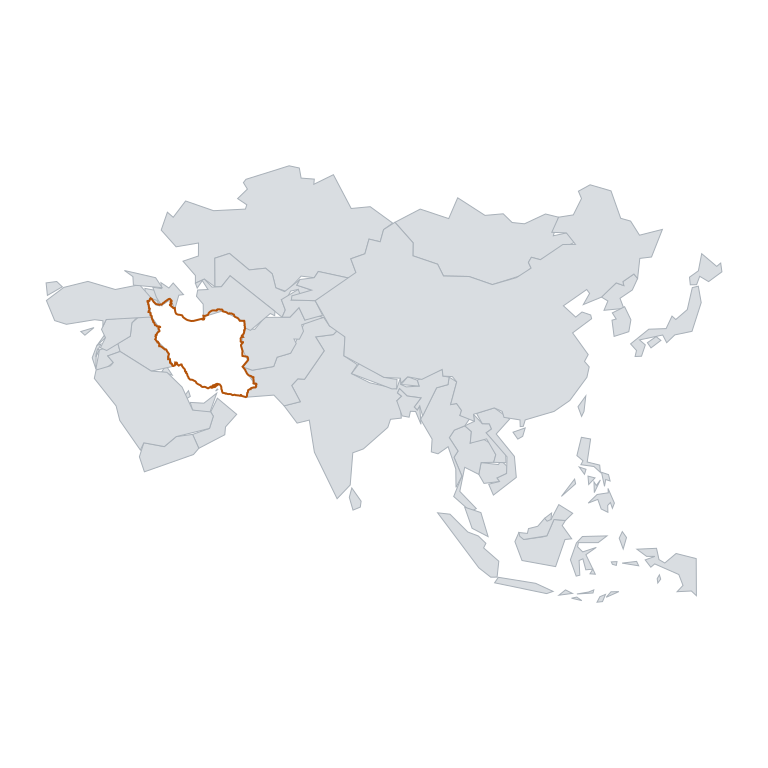 where Iran sits in Asia
{"feature_id": "IRN", "entity_name": "Iran", "entity_type": "country or territory", "adm_level": 0, "iso_a3": "IRN", "parent_name": "Asia", "parent_adm1": "", "projection": "mercator", "projection_center": [53.162, 32.435], "detail": "fine", "context": "in_parent", "style": "outline", "palette": "amber", "viewbox_px": 768, "rotation_deg": 0, "n_neighbors": 45, "source": "natural_earth", "source_scale": "50m", "svg_char_len": 18633}
<svg xmlns="http://www.w3.org/2000/svg" viewBox="0 0 768 768"><path d="M392.7,223.1L383.6,229.6L380.2,241.8L369.0,239.1L364.9,253.8L350.8,258.8L355.9,272.5L352.5,278.9L318.3,271.5L314.2,277.7L301.1,276.1L286.7,291.6L275.8,287.8L272.3,273.9L265.6,268.2L249.2,269.9L229.4,253.4L214.8,258.2L215.0,286.8L204.3,279.1L195.4,283.2L195.4,275.5L183.0,261.2L198.4,256.0L198.5,243.0L176.1,246.8L161.2,230.1L167.4,212.2L173.2,217.3L185.6,201.0L213.6,210.7L245.4,209.1L246.8,204.8L237.6,198.6L247.4,189.1L243.4,182.6L246.0,179.3L289.1,165.8L299.3,168.0L301.1,178.1L314.3,179.1L313.8,184.3L333.4,174.7L351.2,208.5L370.2,206.7L392.7,223.1Z" fill="#d9dde1" stroke="#a8b0b8" stroke-width="1"/><path d="M215.0,286.8L214.8,258.2L229.4,253.4L249.2,269.9L265.6,268.2L272.3,273.9L275.8,287.8L284.6,291.6L299.9,279.5L296.8,285.2L311.7,290.1L304.5,295.5L297.8,294.9L298.2,289.4L290.6,291.1L286.1,300.0L281.4,299.6L285.3,310.0L282.1,317.2L230.1,275.8L221.4,286.7L215.0,286.8Z" fill="#d9dde1" stroke="#a8b0b8" stroke-width="1"/><path d="M696.2,558.6L696.4,595.7L691.4,591.0L677.1,591.7L683.0,585.4L678.8,574.5L654.7,563.9L650.8,567.2L645.2,559.9L654.9,556.4L646.6,556.4L636.9,549.2L656.5,548.3L659.0,559.6L664.8,563.0L676.1,553.5L696.2,558.6ZM605.5,594.4L602.5,601.6L597.0,602.2L599.9,596.7L605.5,594.4ZM657.8,583.0L657.2,578.7L659.4,574.8L660.7,579.1L657.8,583.0ZM565.4,520.5L562.2,525.6L571.7,538.8L565.0,539.5L555.6,566.6L522.0,560.5L514.9,541.6L518.9,532.5L523.7,539.5L542.3,537.0L546.9,535.8L554.0,519.5L565.4,520.5ZM622.1,563.1L636.6,561.4L638.7,565.8L622.1,563.1ZM616.3,565.4L612.4,564.3L611.3,561.9L617.0,561.6L616.3,565.4ZM622.3,531.6L626.5,537.5L623.2,549.0L619.2,538.2L622.3,531.6ZM582.4,536.5L607.0,535.9L598.2,542.6L578.4,542.6L577.6,546.8L582.7,551.9L596.3,547.4L585.9,554.7L595.3,574.2L590.0,573.8L592.8,569.2L585.8,569.8L582.9,558.8L579.1,560.5L579.8,575.2L576.2,576.1L570.4,559.8L576.4,543.0L582.4,536.5ZM581.8,600.6L571.5,598.2L576.8,597.1L581.8,600.6ZM576.9,594.0L588.7,592.0L593.8,589.9L593.0,593.0L576.9,594.0ZM565.5,589.9L572.4,593.4L558.9,595.2L565.5,589.9ZM498.4,577.3L535.6,583.3L553.1,591.4L546.6,593.6L494.6,582.8L498.4,577.3ZM483.6,547.9L498.8,561.2L497.1,577.1L490.8,577.2L478.8,567.8L437.6,512.8L450.0,514.2L467.8,532.0L478.3,536.0L485.9,543.3L483.6,547.9Z" fill="#d9dde1" stroke="#a8b0b8" stroke-width="1"/><path d="M606.2,597.3L611.0,591.8L618.9,591.6L606.2,597.3Z" fill="#d9dde1" stroke="#a8b0b8" stroke-width="1"/><path d="M101.0,344.0L96.2,353.5L95.9,369.0L92.2,357.8L96.9,345.3L101.0,344.0Z" fill="#d9dde1" stroke="#a8b0b8" stroke-width="1"/><path d="M105.5,337.7L97.1,345.3L104.5,335.0L105.5,337.7Z" fill="#d9dde1" stroke="#a8b0b8" stroke-width="1"/><path d="M99.4,350.0L95.9,356.9L97.4,349.0L99.4,350.0Z" fill="#d9dde1" stroke="#a8b0b8" stroke-width="1"/><path d="M99.4,350.0L117.8,343.3L120.1,351.5L107.7,355.9L113.3,362.5L102.4,371.0L95.9,369.0L99.4,350.0Z" fill="#d9dde1" stroke="#a8b0b8" stroke-width="1"/><path d="M190.2,402.4L203.9,403.2L216.7,393.2L209.6,413.2L192.6,410.1L190.2,402.4Z" fill="#d9dde1" stroke="#a8b0b8" stroke-width="1"/><path d="M185.8,399.2L185.4,394.7L188.5,390.7L190.3,396.4L185.8,399.2Z" fill="#d9dde1" stroke="#a8b0b8" stroke-width="1"/><path d="M166.0,365.4L172.3,375.2L161.8,371.7L166.0,365.4Z" fill="#d9dde1" stroke="#a8b0b8" stroke-width="1"/><path d="M120.1,351.5L117.8,343.3L130.3,336.2L131.9,322.8L140.4,315.5L151.7,317.0L159.0,327.5L155.3,339.3L166.2,349.5L173.1,366.3L151.3,371.1L120.1,351.5Z" fill="#d9dde1" stroke="#a8b0b8" stroke-width="1"/><path d="M210.7,411.9L217.4,398.2L236.7,414.3L225.5,426.9L224.8,434.7L198.8,448.3L192.6,434.4L209.5,428.4L213.3,416.2L210.7,411.9ZM217.9,389.5L215.6,391.1L217.2,388.9L217.9,389.5Z" fill="#d9dde1" stroke="#a8b0b8" stroke-width="1"/><path d="M478.8,474.4L481.1,462.6L498.4,464.6L501.0,460.5L507.3,466.6L506.6,473.5L497.1,478.0L499.6,481.5L484.0,483.4L478.8,474.4Z" fill="#d9dde1" stroke="#a8b0b8" stroke-width="1"/><path d="M493.7,462.3L481.1,462.6L478.8,474.4L464.7,467.3L459.8,491.4L476.3,508.6L470.7,511.6L453.7,496.5L461.9,476.1L454.0,457.3L458.0,451.1L449.3,437.7L454.3,430.1L464.8,425.8L471.4,431.6L470.2,443.2L482.3,438.5L490.9,443.7L495.8,454.7L493.7,462.3Z" fill="#d9dde1" stroke="#a8b0b8" stroke-width="1"/><path d="M506.0,462.7L493.7,462.3L495.8,454.7L486.6,438.9L470.2,443.2L471.4,431.6L464.8,425.8L474.4,421.3L473.5,414.3L482.3,423.7L489.3,423.8L491.5,429.0L486.2,432.8L505.6,452.7L506.0,462.7Z" fill="#d9dde1" stroke="#a8b0b8" stroke-width="1"/><path d="M464.8,425.8L454.3,430.1L449.3,437.7L458.0,451.1L454.0,457.3L461.9,476.1L456.0,487.4L455.8,469.0L448.1,446.7L438.0,453.8L431.3,451.9L432.1,439.1L420.6,419.4L436.6,387.8L448.0,384.6L449.1,377.1L456.7,381.9L450.6,404.6L456.6,403.5L461.5,410.4L459.9,415.5L470.7,417.1L464.8,425.8Z" fill="#d9dde1" stroke="#a8b0b8" stroke-width="1"/><path d="M488.7,484.2L499.6,481.5L497.1,478.0L506.6,473.5L507.0,456.8L486.2,432.8L491.5,429.0L489.3,423.8L482.3,423.7L476.5,413.4L494.3,407.9L509.7,419.0L496.2,434.0L514.4,456.4L516.3,477.4L493.4,495.1L488.7,484.2Z" fill="#d9dde1" stroke="#a8b0b8" stroke-width="1"/><path d="M637.6,278.5L632.3,290.0L620.0,298.3L623.8,308.4L604.0,310.3L607.9,301.0L601.5,297.1L606.1,292.3L616.2,282.9L623.8,285.6L622.9,281.6L633.9,274.0L637.6,278.5Z" fill="#d9dde1" stroke="#a8b0b8" stroke-width="1"/><path d="M612.3,312.9L624.6,306.7L630.9,319.8L628.8,331.7L614.1,336.4L612.0,320.2L616.2,319.0L612.3,312.9Z" fill="#d9dde1" stroke="#a8b0b8" stroke-width="1"/><path d="M394.9,222.3L420.2,209.1L448.7,218.6L457.7,197.8L485.0,215.4L503.2,213.8L512.1,222.5L524.5,223.8L545.5,214.0L558.6,217.2L553.3,235.8L566.4,232.9L576.1,241.4L540.4,259.7L531.4,257.3L528.4,262.4L531.1,268.1L523.1,274.9L492.3,284.6L469.0,276.5L443.5,276.0L437.6,264.2L412.9,255.8L413.1,242.8L394.9,222.3Z" fill="#d9dde1" stroke="#a8b0b8" stroke-width="1"/><path d="M449.1,377.1L448.0,384.6L436.6,387.8L422.7,416.0L419.7,406.2L417.3,410.2L414.2,407.0L421.0,397.9L407.1,396.0L399.5,388.6L397.5,392.9L401.6,396.2L396.8,400.8L400.2,402.5L401.3,418.1L390.5,419.3L387.8,427.4L363.4,448.9L352.8,452.8L350.2,485.0L337.1,498.7L314.4,452.2L309.3,420.1L297.1,423.1L284.1,405.8L300.3,401.7L291.7,385.5L297.9,378.8L304.5,379.3L324.2,350.8L315.6,336.9L333.3,334.6L338.8,328.8L344.9,336.9L343.9,355.8L357.3,364.6L351.5,373.6L369.7,382.8L396.6,388.8L400.4,378.2L401.0,384.5L406.2,386.9L419.1,386.1L417.2,380.2L442.2,369.4L443.0,376.1L449.1,377.1Z" fill="#d9dde1" stroke="#a8b0b8" stroke-width="1"/><path d="M419.7,406.2L421.0,424.3L415.6,411.5L410.4,411.3L409.1,417.2L402.1,415.9L396.8,400.8L401.6,396.2L397.5,392.9L399.5,388.6L407.1,396.0L421.0,397.9L414.2,407.0L417.3,410.2L419.7,406.2Z" fill="#d9dde1" stroke="#a8b0b8" stroke-width="1"/><path d="M417.2,380.2L419.1,386.1L401.0,384.5L407.7,376.8L417.2,380.2Z" fill="#d9dde1" stroke="#a8b0b8" stroke-width="1"/><path d="M397.0,379.5L396.6,388.8L391.9,388.9L351.5,373.6L359.6,363.0L384.0,377.4L397.0,379.5Z" fill="#d9dde1" stroke="#a8b0b8" stroke-width="1"/><path d="M338.8,328.8L333.3,334.6L315.6,336.9L324.2,350.8L304.5,379.3L297.9,378.8L291.7,385.5L300.3,401.7L284.1,405.8L273.9,395.1L246.3,397.2L248.4,389.9L256.6,386.7L242.8,366.9L252.3,370.2L273.7,366.5L277.1,357.2L290.6,353.2L304.9,321.7L323.6,317.3L329.5,326.0L338.8,328.8Z" fill="#d9dde1" stroke="#a8b0b8" stroke-width="1"/><path d="M264.7,317.4L289.9,317.2L299.0,307.6L304.9,320.1L312.9,314.7L323.6,317.3L301.6,324.8L303.5,331.2L299.4,339.2L294.0,339.0L296.2,343.5L290.6,353.2L277.1,357.2L273.7,366.5L252.3,370.2L242.8,366.9L247.9,361.0L240.9,346.0L244.7,327.7L254.7,329.4L264.7,317.4Z" fill="#d9dde1" stroke="#a8b0b8" stroke-width="1"/><path d="M282.1,317.2L285.3,310.0L281.4,299.6L298.2,289.4L300.2,294.7L291.4,300.0L315.2,300.7L322.6,315.3L304.9,320.1L299.0,307.6L289.9,317.2L282.1,317.2Z" fill="#d9dde1" stroke="#a8b0b8" stroke-width="1"/><path d="M299.9,279.5L314.2,277.7L318.3,271.5L352.5,278.9L315.2,300.7L291.4,300.0L291.9,295.8L311.7,290.1L296.8,285.2L299.9,279.5Z" fill="#d9dde1" stroke="#a8b0b8" stroke-width="1"/><path d="M195.4,283.2L204.3,279.1L212.1,287.1L221.4,286.7L230.1,275.8L274.9,311.3L274.7,315.7L270.3,313.5L250.4,330.4L244.7,327.7L244.2,321.8L222.7,310.9L203.4,316.8L203.2,304.2L196.5,296.3L197.7,290.0L208.0,289.5L202.3,280.6L197.2,288.1L195.4,283.2Z" fill="#d9dde1" stroke="#a8b0b8" stroke-width="1"/><path d="M100.4,347.8L105.5,337.7L101.5,329.4L106.2,319.5L137.9,316.6L131.9,322.8L130.3,336.2L106.7,350.5L100.4,347.8Z" fill="#d9dde1" stroke="#a8b0b8" stroke-width="1"/><path d="M161.5,305.5L145.3,294.7L144.9,288.4L156.1,290.5L161.5,305.5Z" fill="#d9dde1" stroke="#a8b0b8" stroke-width="1"/><path d="M151.7,317.0L106.2,319.5L102.9,326.5L102.9,320.7L94.7,319.7L66.4,324.3L54.7,320.6L46.4,300.5L63.8,287.4L87.9,281.4L115.3,289.5L139.5,284.7L151.8,298.7L147.9,300.7L151.7,317.0ZM46.1,282.9L56.7,281.5L62.3,286.8L47.4,295.4L46.1,282.9Z" fill="#d9dde1" stroke="#a8b0b8" stroke-width="1"/><path d="M361.1,501.2L360.3,507.1L353.0,510.1L349.3,497.3L351.8,488.0L361.1,501.2Z" fill="#d9dde1" stroke="#a8b0b8" stroke-width="1"/><path d="M517.8,439.1L513.0,432.2L525.2,427.9L522.7,436.3L517.8,439.1ZM315.2,300.7L355.9,272.5L350.8,258.8L364.9,253.8L369.0,239.1L380.2,241.8L383.6,229.6L394.9,222.3L413.1,242.8L412.9,255.8L437.6,264.2L443.5,276.0L469.0,276.5L492.3,284.6L516.5,277.6L531.1,268.1L528.4,262.4L531.4,257.3L540.4,259.7L562.8,244.5L575.5,244.4L566.4,232.9L551.8,232.3L558.6,217.2L573.3,214.9L581.5,198.5L578.4,191.2L590.1,184.8L611.0,190.9L620.7,218.3L630.6,221.1L639.5,235.2L662.4,229.4L651.5,257.0L639.8,258.4L637.6,278.5L633.9,274.0L622.9,281.6L623.8,285.6L616.2,282.9L601.5,297.1L583.3,304.6L589.6,293.4L586.7,289.5L563.4,305.8L575.7,317.1L582.0,312.0L590.7,315.0L591.6,318.7L572.6,332.9L588.2,354.6L584.5,361.4L589.2,366.9L586.9,377.3L569.8,400.5L554.1,411.4L525.2,419.9L523.3,426.3L520.2,426.6L520.0,419.9L504.0,417.4L502.2,411.4L494.3,407.9L473.5,414.3L474.4,421.3L459.9,415.5L461.5,410.4L456.6,403.5L450.6,404.6L456.7,381.9L452.4,376.6L443.0,376.1L442.2,369.4L421.8,379.4L407.7,376.8L400.9,383.2L400.4,378.2L384.0,377.4L343.9,355.8L344.9,336.9L329.5,326.0L315.2,300.7Z" fill="#d9dde1" stroke="#a8b0b8" stroke-width="1"/><path d="M585.8,395.9L584.0,411.4L581.6,416.4L578.0,406.7L585.8,395.9Z" fill="#d9dde1" stroke="#a8b0b8" stroke-width="1"/><path d="M160.9,282.6L168.9,288.0L173.2,283.0L183.5,294.6L178.8,295.2L174.9,308.8L170.3,299.6L161.5,305.5L156.4,297.3L152.8,287.2L161.4,288.6L160.9,282.6ZM159.4,305.8L155.5,304.8L151.8,298.7L157.1,300.4L159.4,305.8Z" fill="#d9dde1" stroke="#a8b0b8" stroke-width="1"/><path d="M124.4,270.5L155.6,277.7L162.2,287.7L133.4,285.1L132.9,276.6L124.4,270.5Z" fill="#d9dde1" stroke="#a8b0b8" stroke-width="1"/><path d="M584.5,474.3L579.2,467.0L586.0,469.3L584.5,474.3ZM594.3,492.6L594.0,481.9L596.3,485.5L600.4,479.9L594.3,492.6ZM608.0,488.4L614.4,503.1L612.4,508.3L610.4,502.5L607.7,505.4L607.9,512.3L601.2,509.0L597.8,499.4L588.2,503.1L597.1,494.5L608.3,492.8L608.0,488.4ZM575.6,483.8L561.4,496.4L574.6,479.1L575.6,483.8ZM590.6,439.0L587.2,462.0L599.7,465.1L600.4,472.4L593.9,466.5L580.9,464.7L583.0,460.8L576.9,455.6L581.4,437.3L590.6,439.0ZM588.7,484.5L588.0,476.1L595.0,477.9L588.7,484.5ZM608.5,474.6L610.1,481.0L605.7,479.5L604.5,486.3L601.5,472.3L608.5,474.6Z" fill="#d9dde1" stroke="#a8b0b8" stroke-width="1"/><path d="M464.7,507.2L480.9,512.6L488.1,536.6L472.1,528.3L464.7,507.2ZM565.4,520.5L554.0,519.5L546.9,535.8L523.7,539.5L519.8,536.3L518.9,532.5L527.4,533.4L528.5,528.6L537.7,526.3L544.6,518.3L551.0,519.5L558.8,504.6L572.7,513.3L565.4,520.5Z" fill="#d9dde1" stroke="#a8b0b8" stroke-width="1"/><path d="M551.6,513.0L551.0,519.5L547.1,521.2L544.6,518.3L551.6,513.0Z" fill="#d9dde1" stroke="#a8b0b8" stroke-width="1"/><path d="M701.2,302.6L692.0,331.3L674.8,334.9L666.7,342.7L662.7,335.0L639.5,339.9L645.3,344.9L641.5,356.2L635.1,356.5L636.5,350.5L630.6,343.9L648.8,329.2L666.1,328.6L672.0,316.1L675.8,319.5L687.3,309.6L692.3,287.6L698.3,286.2L701.2,302.6ZM716.7,266.4L720.7,263.0L721.9,271.8L708.6,281.6L699.7,276.3L696.6,284.7L690.3,284.8L689.5,277.2L698.4,270.8L701.7,253.7L716.7,266.4ZM647.4,342.7L656.1,336.6L660.9,340.4L651.0,347.9L647.4,342.7Z" fill="#d9dde1" stroke="#a8b0b8" stroke-width="1"/><path d="M192.6,434.4L198.8,448.3L193.5,454.5L144.4,471.8L139.4,456.8L143.8,442.8L164.3,446.6L176.2,436.6L192.6,434.4Z" fill="#d9dde1" stroke="#a8b0b8" stroke-width="1"/><path d="M96.1,370.0L110.5,365.8L113.3,362.5L107.7,355.9L120.1,351.5L151.3,371.1L166.9,372.3L182.1,387.1L192.6,410.1L210.7,411.9L213.3,416.2L209.5,428.4L176.2,436.6L164.3,446.6L143.8,442.8L140.4,450.1L119.8,420.5L116.1,405.9L94.3,378.4L96.1,370.0Z" fill="#d9dde1" stroke="#a8b0b8" stroke-width="1"/><path d="M94.0,327.6L84.9,335.2L80.8,331.5L94.0,327.6Z" fill="#d9dde1" stroke="#a8b0b8" stroke-width="1"/><path d="M203.4,315.8L205.0,315.9L205.6,315.7L207.1,315.1L207.5,315.1L207.8,314.9L208.1,314.7L208.7,313.1L209.0,312.7L210.0,311.8L211.7,310.7L212.8,310.4L214.3,310.4L215.5,310.5L216.5,310.6L216.9,310.4L217.0,309.7L217.3,309.5L217.7,309.3L219.0,309.3L219.6,309.3L220.3,309.6L221.9,309.5L222.3,309.8L222.6,310.2L222.7,310.5L222.7,311.2L222.9,311.3L223.2,311.5L223.8,311.6L224.9,311.8L226.4,312.3L227.1,312.7L228.0,313.5L228.7,313.7L229.0,313.7L229.6,313.3L230.2,313.6L231.1,313.4L231.8,313.6L233.5,314.5L233.9,314.6L234.1,315.1L234.2,315.9L234.7,316.4L235.3,317.0L237.5,317.9L238.2,318.5L239.8,320.8L244.2,320.8L244.4,321.3L244.4,322.2L244.5,323.2L244.7,323.9L244.7,324.6L244.5,324.9L244.4,325.4L244.6,325.7L244.9,326.2L244.9,326.9L244.8,327.3L244.8,327.7L245.0,327.9L245.1,328.4L245.1,328.7L244.9,328.9L244.6,329.7L244.6,330.1L244.1,330.3L244.1,330.8L244.3,331.6L243.9,332.8L243.9,333.2L243.2,334.2L243.2,334.6L242.4,335.3L242.0,335.4L241.9,335.5L242.0,335.7L242.1,335.8L242.9,336.9L241.5,337.0L240.6,338.4L240.8,340.2L240.6,341.1L240.7,341.6L241.1,341.9L241.5,342.1L242.4,342.1L243.0,342.2L243.0,342.5L241.9,343.7L241.0,345.0L241.0,345.5L241.1,345.9L242.5,350.9L242.5,351.5L242.3,352.7L242.3,353.4L242.4,354.4L242.3,354.9L242.5,356.0L247.2,356.7L247.8,357.3L248.1,358.8L248.1,359.8L247.9,360.3L242.6,366.7L245.3,369.9L245.4,370.1L245.4,370.6L246.4,372.3L246.7,373.1L247.0,373.6L248.5,375.2L249.3,375.6L249.9,375.7L251.1,376.1L251.6,376.4L252.3,377.2L253.2,377.1L253.4,377.1L253.5,377.4L253.3,378.7L253.6,380.0L253.7,382.0L253.5,382.8L253.4,383.4L253.5,383.5L254.3,383.7L255.7,383.5L256.3,383.8L256.5,384.2L256.5,384.3L256.2,384.6L256.1,385.1L256.2,385.9L256.2,386.0L255.9,386.1L255.8,387.2L255.7,387.3L255.3,387.5L253.6,387.4L253.4,387.4L252.7,387.7L251.6,387.9L251.3,388.0L250.9,388.3L250.6,388.7L250.6,389.1L249.9,389.1L249.6,389.4L248.3,390.0L248.1,390.4L247.8,392.4L247.3,392.9L247.2,393.0L247.3,393.4L247.1,394.1L247.0,395.9L246.8,396.4L246.5,396.5L246.3,396.8L245.8,397.1L244.1,396.6L241.6,395.9L241.3,395.7L241.2,395.1L240.7,395.0L240.1,395.8L238.0,395.3L237.2,395.4L236.8,395.2L235.7,395.2L234.7,394.7L233.5,395.0L232.4,395.1L231.0,394.2L229.5,394.0L228.3,394.1L227.7,394.0L226.6,393.7L226.1,393.4L225.4,393.6L225.0,393.2L222.7,392.8L222.0,391.2L222.0,390.4L221.4,389.1L221.3,387.1L221.1,386.4L220.7,385.7L220.3,385.2L219.8,384.5L219.3,384.3L217.2,383.8L216.8,383.9L215.9,384.2L214.9,384.9L213.2,385.3L212.9,385.5L212.5,386.2L211.9,386.6L211.2,386.5L210.4,386.9L208.9,387.9L208.2,388.3L207.5,388.2L206.8,387.7L205.3,387.0L204.3,386.8L202.9,387.0L202.2,386.9L201.1,386.1L200.8,385.5L200.1,385.1L198.1,384.2L196.5,383.1L196.2,382.6L196.0,382.0L195.2,381.2L193.6,380.5L192.7,379.9L191.7,379.7L190.7,379.7L190.2,379.6L189.8,379.3L188.5,377.9L188.5,377.3L187.6,375.9L187.4,375.4L187.2,374.1L187.0,373.7L186.1,373.1L186.0,372.8L186.2,372.3L186.2,371.9L185.7,371.5L185.1,371.4L184.9,370.9L185.0,370.1L184.9,369.6L184.3,368.7L183.4,367.9L182.5,366.6L182.2,366.3L181.6,364.5L181.1,364.4L178.7,365.6L178.0,364.9L175.9,363.8L175.6,363.3L175.9,363.2L176.1,363.1L176.7,363.3L177.0,363.1L176.8,362.7L176.3,362.5L175.6,362.5L175.8,362.8L175.1,363.2L175.0,363.7L175.1,365.0L174.8,365.4L174.6,365.6L173.7,365.6L173.3,366.0L173.0,366.0L172.4,365.6L172.2,365.1L172.1,364.8L172.2,364.6L172.1,364.3L171.8,363.9L171.5,363.7L171.2,363.7L170.9,363.5L170.8,363.1L170.3,362.8L170.0,362.7L170.0,359.3L168.1,359.2L168.1,356.6L169.0,354.0L167.6,352.0L167.2,351.6L166.4,349.8L166.1,349.5L165.9,349.4L164.9,349.5L161.8,347.0L160.7,346.4L160.3,346.2L159.2,346.2L159.1,345.7L159.1,345.3L159.4,344.7L159.4,344.3L158.7,343.1L158.5,342.7L157.9,342.6L158.0,342.2L158.0,341.9L157.9,341.8L157.8,341.7L157.6,341.7L157.1,341.8L155.6,339.6L155.3,339.4L155.2,339.3L155.9,338.1L156.0,337.6L155.9,337.1L155.4,336.3L155.8,335.4L155.8,335.1L156.5,335.2L156.7,334.9L156.7,334.0L156.8,333.6L158.2,332.0L159.4,331.3L159.5,330.9L159.3,330.3L159.2,330.0L158.7,329.3L158.5,328.9L158.4,328.6L158.6,328.0L158.8,327.6L159.6,327.3L160.1,327.1L160.1,326.9L159.5,326.5L158.3,326.4L157.3,326.5L157.0,326.4L156.6,325.8L156.1,325.4L155.7,325.2L155.2,325.3L155.0,325.2L154.3,322.8L154.1,322.5L153.6,322.4L153.2,322.0L153.1,321.6L153.1,320.6L153.0,320.4L152.8,320.1L152.3,319.7L151.8,317.8L151.6,317.3L151.6,316.7L151.8,316.3L151.8,316.2L151.3,315.7L150.5,315.1L150.5,314.3L150.4,313.6L150.6,313.2L150.5,312.9L149.5,312.3L149.2,312.0L148.5,312.0L148.5,311.8L148.6,311.3L148.8,310.8L149.1,310.3L149.3,310.1L149.4,309.3L149.8,308.8L149.8,308.7L149.7,308.5L149.1,308.4L148.9,308.1L149.0,307.1L148.7,306.0L148.8,305.1L148.6,304.9L148.2,304.4L148.1,303.9L148.3,303.5L148.3,302.8L147.7,302.3L147.6,301.6L147.4,301.1L147.5,301.0L148.0,300.9L149.2,301.0L149.5,300.8L149.9,299.0L150.2,298.5L150.6,298.2L151.7,299.1L151.9,299.1L152.9,300.8L153.3,301.2L153.6,301.6L153.7,302.0L154.0,302.3L154.4,302.5L154.8,302.9L155.7,303.8L156.2,304.1L159.6,304.8L160.4,304.5L161.7,304.6L163.4,302.8L164.2,302.6L164.6,302.0L165.3,301.4L166.2,300.8L168.6,299.1L169.3,298.9L169.9,298.9L171.5,300.6L171.7,301.0L171.4,301.3L170.7,301.6L170.6,301.8L170.5,302.1L170.5,302.4L170.6,302.6L171.5,303.2L171.6,303.4L171.6,303.7L171.5,303.9L171.3,304.0L170.2,304.3L169.9,304.7L169.9,304.9L170.0,305.2L171.1,305.9L171.4,306.5L171.6,306.7L172.1,306.7L172.3,306.9L173.3,308.1L173.5,308.2L174.8,308.0L175.0,310.1L175.2,311.0L175.3,311.9L176.0,313.5L176.5,314.0L177.7,314.5L178.2,314.7L179.7,314.8L181.1,315.1L182.0,315.3L182.2,315.5L182.4,315.8L183.1,317.2L184.3,318.1L186.5,319.6L187.6,320.1L191.2,321.0L193.6,320.9L200.3,319.2L202.6,318.7L203.4,318.7L202.9,319.1L202.1,319.3L202.6,319.5L203.7,319.5L204.0,319.3L204.0,318.9L203.4,315.8ZM216.3,385.6L215.7,386.4L214.9,387.0L214.6,386.8L214.3,386.8L213.8,387.1L213.3,387.1L212.6,387.5L211.9,387.8L211.3,387.7L211.2,387.4L211.5,387.4L212.5,387.0L213.8,386.3L214.0,386.0L213.8,385.6L214.7,385.7L215.6,385.2L216.4,385.1L216.8,385.4L216.3,385.6Z" fill="none" stroke="#b45309" stroke-width="2"/></svg>